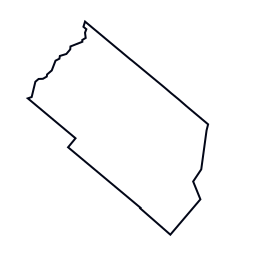 outline of Conejos, Colorado, United States of America, rotated 220°
{"feature_id": "52423323B18722561966541", "entity_name": "Conejos", "entity_type": "district", "adm_level": 2, "iso_a3": "USA", "parent_name": "United States of America", "parent_adm1": "Colorado", "projection": "albers", "projection_center": [-106.024, 37.199], "detail": "fine", "context": "isolated", "style": "outline", "palette": "ink", "viewbox_px": 256, "rotation_deg": 220, "n_neighbors": 0, "source": "geoboundaries", "source_scale": "gbopen_adm2", "svg_char_len": 629}
<svg xmlns="http://www.w3.org/2000/svg" viewBox="0 0 256 256"><g transform="rotate(220 128 128)"><path d="M69.0,182.3L97.2,182.3L107.7,182.5L117.2,182.4L117.4,182.4L127.1,182.5L168.4,182.2L170.3,182.1L170.6,182.1L229.3,181.9L227.2,176.9L223.4,176.9L222.2,173.4L218.3,169.8L219.6,166.0L218.4,164.7L224.5,153.5L222.8,151.1L222.8,145.1L226.5,139.4L225.1,137.0L226.8,133.0L223.4,123.1L224.4,117.0L223.3,115.2L224.8,111.0L228.0,108.1L228.7,103.9L221.7,89.8L223.8,86.3L161.6,86.4L161.5,74.7L67.0,74.9L67.0,74.3L27.0,73.5L26.7,119.9L43.7,128.9L45.3,143.4L66.3,176.7L69.0,182.3Z" fill="none" stroke="#020617" stroke-width="2"/></g></svg>